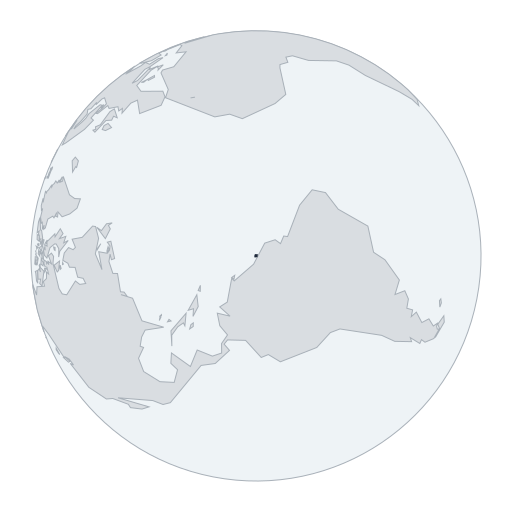 Commewijne highlighted on a globe, orthographic projection, rotated 281°
{"feature_id": "SUR-70", "entity_name": "Commewijne", "entity_type": "District", "adm_level": 1, "iso_a3": "SUR", "parent_name": "Suriname", "parent_adm1": "", "projection": "orthographic", "projection_center": [-54.973, 5.762], "detail": "fine", "context": "on_globe", "style": "filled", "palette": "slate", "viewbox_px": 512, "rotation_deg": 281, "n_neighbors": 0, "source": "natural_earth", "source_scale": "10m", "svg_char_len": 8165}
<svg xmlns="http://www.w3.org/2000/svg" viewBox="0 0 512 512"><g transform="rotate(281 256 256)"><circle cx="256" cy="256" r="225" fill="#eef3f6" stroke="#a8b0b8"/><path d="M182.6,43.0L185.5,42.2L175.8,48.1L184.0,46.9L186.0,54.2L190.3,52.2L193.9,54.6L200.2,53.4L198.8,55.8L205.1,52.9L205.2,51.0L208.0,49.3L211.7,48.6L210.5,51.3L208.5,52.0L210.1,52.5L207.9,54.2L211.1,53.0L209.2,56.8L216.6,52.2L219.8,54.6L217.0,57.4L210.1,58.1L186.6,68.7L181.8,73.0L181.8,77.6L197.0,83.5L194.5,88.4L196.5,94.1L201.1,90.6L201.2,85.0L210.3,80.6L209.4,75.0L213.0,72.7L214.9,67.2L222.3,67.2L228.5,70.4L227.3,75.3L230.0,77.1L237.4,72.3L241.2,81.9L254.2,89.9L254.3,92.9L243.3,98.1L227.4,97.9L213.2,107.4L230.2,100.8L230.3,109.5L233.6,111.1L238.1,110.7L241.2,107.4L242.8,110.7L226.5,117.7L224.8,114.8L230.0,112.4L222.5,112.7L211.6,118.8L212.4,123.4L195.0,129.8L195.4,133.4L191.8,137.3L192.3,130.8L191.0,142.9L170.6,156.4L168.5,179.0L162.1,161.3L154.7,159.2L145.3,159.5L144.8,163.1L133.2,160.2L121.1,167.8L114.3,185.7L116.3,199.8L129.4,200.7L134.4,192.9L144.7,191.5L135.0,212.7L152.5,216.2L149.4,232.3L154.2,240.8L163.5,238.9L173.1,243.1L180.6,233.8L192.5,228.9L192.0,242.0L199.1,230.1L205.3,236.6L229.4,236.4L227.4,239.4L247.5,255.2L270.3,262.1L275.6,271.7L272.8,277.7L280.9,279.4L281.1,283.3L314.2,289.1L331.7,298.5L331.5,312.1L317.6,327.8L306.7,360.1L282.1,370.7L276.9,383.3L259.8,401.3L244.7,399.8L250.3,408.7L242.9,413.8L233.5,414.0L233.0,420.0L226.1,420.0L231.5,424.1L222.3,431.5L227.3,437.7L221.1,443.4L224.6,446.9L221.5,446.7L218.8,447.9L219.3,449.8L208.9,446.3L203.6,438.3L205.5,434.4L201.4,433.5L205.3,423.0L201.6,425.1L198.7,408.5L202.1,394.5L200.4,352.3L195.0,343.6L177.8,333.1L156.8,300.1L161.6,286.9L157.4,280.5L171.2,261.9L168.2,244.1L163.4,241.5L158.3,248.0L142.7,236.5L138.1,223.0L95.7,199.9L92.5,193.1L94.4,182.3L90.5,147.6L87.5,179.8L84.0,173.3L83.2,161.7L86.1,159.0L88.8,142.6L87.1,136.4L95.2,117.0L115.1,94.2L114.2,97.7L119.1,92.4L120.6,88.0L120.3,86.5L139.2,67.9L146.5,59.8L141.3,62.2L148.3,58.4L141.1,62.2L161.4,51.5L182.6,43.0ZM166.3,186.8L186.5,198.3L173.9,199.5L176.5,197.5L171.6,192.7L162.2,188.4L151.5,190.6L166.3,186.8ZM177.8,174.3L174.2,173.4L177.9,173.4L177.8,174.3ZM119.5,86.5L120.1,88.3L117.1,93.6L116.0,92.2L119.5,86.5ZM125.9,77.7L127.5,77.4L121.8,82.2L122.7,80.9L125.9,77.7ZM136.5,65.0L136.2,65.3L135.3,65.8L136.5,65.0ZM210.7,67.7L212.7,67.4L211.3,68.5L210.7,67.7ZM209.6,65.6L206.5,67.1L205.5,66.4L207.4,65.5L209.6,65.6ZM213.6,64.1L204.1,65.0L202.4,63.9L208.4,59.6L213.6,64.1ZM203.6,50.8L203.6,52.7L200.1,51.8L203.6,50.8ZM200.6,50.7L185.8,51.7L187.6,49.0L192.2,49.0L191.7,46.5L199.9,44.5L202.0,45.5L199.2,47.5L204.4,45.4L200.6,50.7ZM208.8,48.6L205.7,48.8L207.0,46.4L213.5,45.5L211.0,46.5L208.8,48.6ZM187.6,47.0L189.7,45.3L196.9,43.2L198.7,42.3L200.2,44.3L187.6,47.0ZM212.6,46.7L216.8,45.2L219.6,45.8L212.0,48.2L212.6,46.7ZM204.5,46.2L205.5,45.1L207.1,45.4L204.5,46.2ZM231.9,48.1L228.1,47.9L228.4,46.6L231.9,48.1ZM218.2,44.6L217.2,44.4L216.9,44.0L220.2,43.2L218.2,44.6ZM205.2,42.9L207.7,42.5L204.9,41.9L210.2,40.7L210.2,42.4L212.4,41.1L214.0,40.8L212.3,42.6L205.2,42.9ZM222.7,41.2L224.5,43.5L231.5,43.8L231.4,44.9L220.2,44.4L222.7,41.2ZM216.7,41.8L220.4,41.6L218.4,42.9L214.6,43.8L216.7,41.8ZM213.8,39.4L205.7,40.8L205.9,40.4L213.8,39.4ZM225.1,41.0L224.6,40.5L225.8,40.8L225.1,41.0ZM217.7,39.5L214.8,39.9L215.2,39.5L217.7,39.5ZM226.0,39.2L226.6,39.9L224.1,40.4L226.0,39.2ZM222.5,39.1L223.7,38.4L222.8,40.2L221.1,39.4L222.5,39.1ZM218.5,39.0L217.8,38.9L219.7,38.9L218.5,39.0ZM235.2,37.2L234.6,39.3L229.1,40.3L230.4,38.0L235.2,37.2ZM227.0,453.4L210.1,447.5L219.3,450.3L223.7,447.5L233.2,451.8L227.0,453.4ZM240.9,446.2L247.2,444.6L249.2,445.6L245.3,446.9L240.9,446.2ZM419.4,101.0L414.5,96.4L408.5,90.3L411.7,94.0L414.9,96.8L417.0,99.6L414.2,97.3L412.2,95.0L410.4,94.3L420.5,106.5L424.9,110.6L423.9,114.9L431.1,122.5L433.0,126.9L421.6,115.8L418.0,111.3L401.9,101.4L405.6,106.2L421.0,116.3L418.9,116.0L424.0,123.8L418.4,117.6L400.6,106.4L395.7,111.7L400.0,133.1L394.9,136.3L385.8,134.1L373.6,114.6L386.4,109.9L382.2,104.0L370.6,97.2L375.4,96.7L372.2,93.6L376.2,92.0L372.8,83.6L375.4,81.8L365.5,73.3L365.5,71.5L371.4,76.8L376.9,80.1L382.4,77.2L380.9,75.0L374.0,70.0L376.4,70.3L369.0,65.8L367.9,63.0L363.0,63.1L354.8,58.3L349.5,54.3L345.9,53.0L354.5,59.8L358.8,62.7L363.9,64.9L374.7,74.1L374.7,76.4L360.0,67.7L358.3,70.5L347.6,63.5L330.8,47.8L328.1,44.7L341.9,48.1L347.5,50.7L345.3,50.5L355.2,54.5L350.6,52.3L352.6,52.9L345.2,49.4L346.3,49.7L337.4,46.1L337.9,46.2L343.5,48.4L339.2,46.7L354.1,53.2L368.5,60.8L382.3,69.4L395.4,79.0L407.8,89.6L419.4,101.0ZM461.4,163.5L454.8,150.7L452.4,146.1L452.1,145.7L451.6,144.8L455.5,152.4L451.2,145.3L464.8,171.4L467.1,177.3L472.2,192.7L476.2,208.5L479.1,224.6L480.8,240.8L481.3,257.0L480.6,273.3L478.8,289.5L475.8,305.5L471.6,321.2L466.4,336.6L460.0,351.6L452.5,366.1L448.1,373.6L440.5,384.2L434.6,387.1L439.6,379.2L444.7,364.9L454.1,328.9L461.1,310.8L462.9,297.7L458.0,270.3L459.5,253.6L456.9,247.4L452.2,250.3L448.5,243.0L445.2,243.6L420.3,254.4L409.3,245.6L388.2,216.4L390.2,203.1L384.7,189.0L394.1,137.0L402.7,138.1L417.6,127.8L420.7,128.8L426.1,139.2L443.1,148.4L440.1,138.9L448.3,143.1L449.1,141.1L436.7,121.8L435.2,124.5L427.8,116.2L423.3,106.4L423.6,105.5L434.7,118.9L444.8,133.0L453.7,147.9L461.4,163.5ZM398.7,161.6L400.3,165.8L398.7,161.6ZM230.2,236.2L233.0,238.8L229.1,238.8L230.2,236.2ZM171.7,204.8L176.2,205.2L178.4,207.2L174.8,207.8L171.7,204.8ZM211.1,205.8L216.6,207.0L210.7,208.0L211.1,205.8ZM189.8,199.8L206.7,205.3L195.3,208.9L184.7,205.7L192.3,204.7L189.8,199.8ZM174.5,181.7L177.2,182.7L176.0,185.0L174.5,181.7ZM180.4,174.4L179.3,174.6L178.2,172.7L180.4,174.4ZM231.2,109.1L232.6,108.7L237.0,109.0L234.5,110.4L231.2,109.1ZM259.1,103.1L261.1,108.5L257.9,105.3L254.8,107.8L244.3,104.8L253.8,94.3L251.4,99.4L259.1,103.1ZM232.8,98.8L238.5,101.3L231.9,99.0L232.8,98.8ZM350.8,80.9L355.1,82.0L357.9,85.5L354.5,89.7L350.4,84.3L350.8,80.9ZM360.4,82.9L346.8,74.2L348.4,71.9L349.8,74.5L352.2,73.8L355.1,78.1L369.9,85.1L373.4,88.9L365.2,93.4L366.0,89.5L361.8,88.4L360.4,82.9ZM309.3,62.0L303.4,59.9L314.4,57.4L318.6,59.8L315.5,63.5L308.7,63.0L309.3,62.0ZM226.1,57.1L223.1,57.7L223.5,56.8L226.2,55.6L226.1,57.1ZM230.1,48.1L239.4,54.3L236.5,55.1L245.4,58.7L241.2,62.3L235.5,59.7L239.0,65.6L232.2,64.7L235.4,68.7L223.3,62.5L217.3,62.5L225.6,61.0L229.6,57.6L229.5,56.1L224.9,52.2L214.1,51.1L216.3,48.2L220.8,46.4L223.8,46.2L221.4,48.0L227.0,46.4L225.8,49.0L230.1,48.1ZM272.0,36.0L268.0,36.8L279.2,37.0L278.0,38.3L279.4,38.3L281.4,39.8L286.2,41.7L284.6,42.3L287.2,42.9L288.5,44.1L291.5,45.2L289.7,46.9L293.2,48.4L290.4,48.4L296.9,50.8L291.2,49.8L292.5,51.8L297.3,51.7L280.5,61.2L277.8,67.0L278.6,72.7L268.8,71.2L261.8,65.2L257.5,58.2L261.5,53.2L256.4,53.8L256.8,51.7L260.7,52.1L254.9,50.4L256.3,48.9L252.5,44.6L243.3,43.8L241.7,42.5L245.9,42.1L241.3,41.2L248.3,39.8L247.3,39.0L253.1,37.1L261.9,37.5L260.1,36.6L264.5,35.6L272.0,36.0ZM237.1,36.7L247.9,36.0L252.5,36.6L240.4,39.6L240.4,40.6L232.8,43.2L226.1,42.4L228.9,41.7L230.1,40.8L231.7,41.4L231.3,40.3L235.1,39.3L235.8,38.3L239.1,38.3L237.1,36.7ZM419.8,124.4L421.3,124.4L422.8,123.2L426.0,128.5L419.8,124.4ZM407.8,116.8L408.6,115.7L413.8,121.9L412.2,122.3L407.8,116.8ZM404.5,110.3L408.2,115.2L405.2,112.7L404.5,110.3ZM371.6,75.9L371.9,74.8L373.7,75.9L375.6,77.9L371.6,75.9ZM304.9,39.4L301.9,39.1L300.9,38.6L292.8,37.2L293.0,36.4L298.0,37.0L304.9,39.4ZM439.0,125.4L441.4,129.5L440.1,128.0L439.5,126.9L439.0,125.4ZM435.4,128.8L438.3,130.3L436.2,130.2L435.4,128.8ZM303.8,38.3L300.5,37.7L302.6,37.7L303.8,38.3ZM292.7,35.9L294.6,35.7L292.1,36.2L292.7,35.9ZM323.2,41.0L322.7,40.8L310.3,37.4L308.6,37.0L323.2,41.0ZM290.9,33.8L294.1,34.4L292.3,34.2L290.9,33.8Z" fill="#d9dde1" stroke="#a8b0b8" stroke-width="1"/><path d="M255.4,255.8L255.5,255.7L255.8,255.6L256.0,255.6L256.3,255.6L256.2,255.5L255.9,255.5L255.7,255.5L255.5,255.4L255.4,255.4L255.3,255.2L255.6,255.1L255.8,255.1L256.8,255.1L257.0,255.2L257.0,255.3L257.0,255.6L256.9,255.8L256.9,256.0L257.0,256.1L257.0,256.3L257.2,256.5L257.3,256.7L257.3,256.8L255.9,256.9L255.7,256.9L255.7,256.7L255.6,256.4L255.8,256.4L255.7,256.2L255.4,256.1L255.3,255.9L255.4,255.8Z" fill="#64748b" stroke="#1e293b" stroke-width="1.5"/></g></svg>